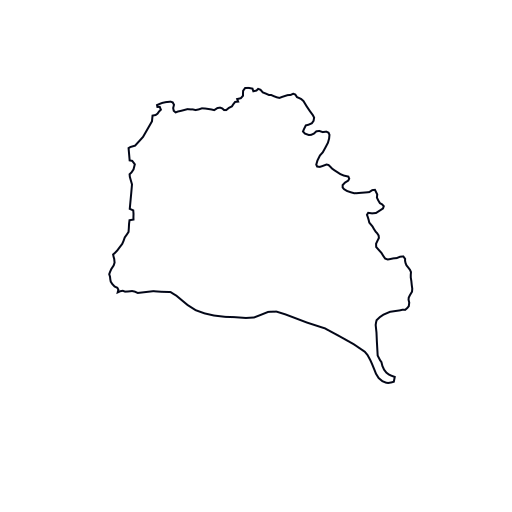 the district of Barra do Quaraí, Rio Grande do Sul, Brazil, rotated 237°
{"feature_id": "56859067B54951640947234", "entity_name": "Barra do Quaraí", "entity_type": "district", "adm_level": 2, "iso_a3": "BRA", "parent_name": "Brazil", "parent_adm1": "Rio Grande do Sul", "projection": "mercator", "projection_center": [-57.339, -30.127], "detail": "fine", "context": "isolated", "style": "outline", "palette": "ink", "viewbox_px": 512, "rotation_deg": 237, "n_neighbors": 0, "source": "geoboundaries", "source_scale": "gbopen_adm2", "svg_char_len": 3691}
<svg xmlns="http://www.w3.org/2000/svg" viewBox="0 0 512 512"><g transform="rotate(237 256 256)"><path d="M430.1,245.7L425.6,242.1L417.4,226.1L414.4,214.7L415.8,210.1L415.9,207.9L405.0,202.1L403.2,204.0L398.9,204.3L395.3,200.4L393.9,197.1L393.4,194.5L391.1,193.3L387.9,192.3L383.6,191.0L376.8,185.7L364.3,175.8L361.1,177.9L358.0,176.2L355.1,174.2L353.3,173.1L354.9,169.4L352.3,167.2L350.4,165.8L348.6,164.5L345.6,162.2L344.3,159.2L343.1,156.1L340.8,153.1L339.0,150.4L337.4,145.9L336.2,142.7L335.4,139.3L335.1,137.0L332.8,136.1L330.8,135.5L327.5,133.8L325.6,131.5L323.9,127.6L322.2,125.0L320.7,123.0L318.2,122.3L315.8,121.1L313.6,120.2L310.8,120.2L307.4,120.8L304.9,122.4L302.7,122.2L300.8,120.2L300.4,122.9L299.4,125.3L297.4,126.8L295.8,129.6L294.1,133.0L292.2,134.9L289.4,136.7L282.4,150.8L280.9,152.7L277.5,157.2L272.3,164.7L269.2,166.1L266.1,167.6L260.6,169.3L252.2,171.9L243.4,175.9L235.9,181.6L229.0,188.3L221.6,197.2L216.7,204.3L209.5,213.8L205.5,220.9L204.1,227.6L202.5,235.7L201.4,237.7L199.7,240.5L198.2,242.9L191.1,248.8L184.3,253.8L172.4,262.5L159.7,272.8L157.8,274.4L155.7,275.5L143.8,282.0L128.8,289.9L116.4,295.1L112.3,295.6L108.2,295.3L106.0,295.1L102.2,294.5L96.9,293.5L91.9,292.5L86.8,292.4L82.2,293.8L78.9,296.1L77.5,297.7L76.2,300.8L75.5,303.1L79.0,306.5L82.1,304.2L84.2,302.9L87.2,301.8L90.9,301.5L94.9,302.1L98.7,303.4L101.0,303.3L106.2,303.8L112.5,307.4L118.8,311.0L126.1,315.3L133.0,318.8L135.0,320.6L136.5,322.2L137.3,326.6L137.4,330.9L136.2,338.0L134.0,342.8L132.1,346.9L131.1,349.7L129.6,351.8L130.0,354.6L130.7,356.8L133.4,359.1L136.2,360.1L137.9,361.4L139.3,363.7L141.1,367.4L143.4,369.2L146.8,370.8L150.3,372.6L153.7,374.1L156.0,375.6L158.1,377.2L160.6,377.6L163.4,377.4L166.2,377.1L168.7,377.6L170.8,378.4L172.4,379.5L175.4,379.3L176.9,376.5L177.6,372.9L179.2,369.9L180.3,367.0L181.3,364.6L183.5,362.9L186.8,362.8L190.3,362.9L193.4,362.4L198.1,361.7L200.9,363.4L202.7,366.3L204.2,368.9L206.4,370.0L209.1,370.0L211.2,369.6L214.6,369.6L217.3,369.8L222.3,369.2L225.1,370.2L227.9,371.0L230.1,371.5L231.1,373.6L228.5,376.6L226.7,380.1L226.7,383.2L226.7,388.4L228.2,390.3L230.6,389.9L232.8,388.7L236.0,388.8L239.1,389.2L241.6,391.2L246.7,391.8L247.9,389.4L247.9,385.8L249.3,383.1L251.2,379.6L252.5,377.2L253.7,374.9L255.1,372.6L257.7,370.3L261.0,367.7L264.2,366.2L266.3,366.0L268.3,367.3L269.1,370.6L269.0,374.4L270.1,376.3L272.3,376.7L275.7,373.4L278.8,371.3L281.3,370.2L285.3,368.4L287.9,367.4L290.2,367.0L292.8,366.4L294.3,365.0L295.3,360.5L296.0,358.0L297.7,356.0L299.8,356.3L302.6,359.5L305.5,364.4L306.6,368.5L309.0,373.0L311.8,378.0L314.6,381.2L317.6,383.6L319.9,384.0L322.0,382.7L323.6,379.4L326.4,377.2L327.7,374.5L327.1,371.2L327.6,368.2L328.7,366.2L332.0,363.7L334.8,363.2L336.2,365.2L338.4,368.9L337.5,371.5L336.9,375.1L338.0,377.9L340.4,380.1L343.1,380.4L348.2,380.1L354.1,380.0L360.1,380.2L363.0,379.4L365.0,378.2L366.9,376.9L370.0,376.9L371.8,375.6L372.2,372.8L373.7,370.1L375.2,364.6L375.8,361.8L377.6,360.0L380.3,358.0L382.8,356.4L383.9,354.6L386.7,352.8L389.5,350.8L393.0,350.3L395.0,348.8L394.5,346.5L395.6,343.5L398.3,344.2L400.9,341.5L402.8,338.4L401.6,335.2L399.4,333.6L397.5,332.4L396.6,329.2L397.9,325.7L395.2,325.1L396.6,322.4L395.6,319.5L394.6,317.3L395.0,313.9L394.6,310.5L395.8,308.7L398.1,308.1L400.0,306.7L401.1,304.2L401.1,300.4L403.3,298.3L407.2,293.9L409.3,291.1L410.1,287.9L411.3,284.8L413.5,282.7L414.8,280.7L416.5,278.5L417.6,275.1L418.6,272.1L419.7,269.2L420.2,266.8L422.6,266.1L425.2,267.1L427.5,269.6L430.2,269.8L432.0,268.4L433.1,266.2L434.1,264.3L435.4,260.9L436.0,258.2L436.5,255.2L434.7,254.5L433.5,256.5L430.5,255.9L430.0,253.4L429.0,250.9L428.9,248.6L430.1,245.7Z" fill="none" stroke="#020617" stroke-width="2"/></g></svg>